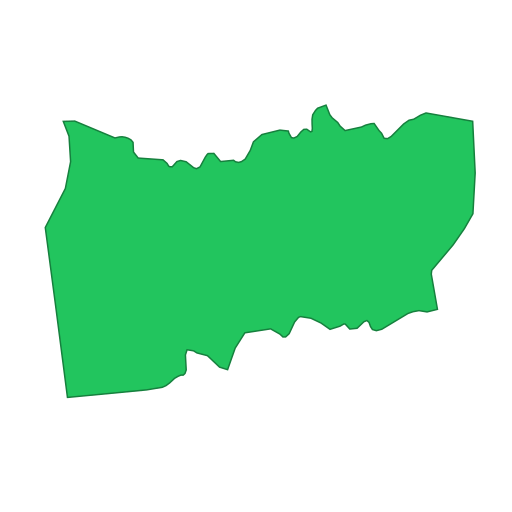 an SVG outline of Tartu, rotated 185°
{"feature_id": "EST-1659", "entity_name": "Tartu", "entity_type": "County", "adm_level": 1, "iso_a3": "EST", "parent_name": "Estonia", "parent_adm1": "", "projection": "orthographic", "projection_center": [26.767, 58.415], "detail": "fine", "context": "isolated", "style": "filled", "palette": "green", "viewbox_px": 512, "rotation_deg": 185, "n_neighbors": 0, "source": "natural_earth", "source_scale": "10m", "svg_char_len": 1787}
<svg xmlns="http://www.w3.org/2000/svg" viewBox="0 0 512 512"><g transform="rotate(185 256 256)"><path d="M431.5,98.7L437.4,125.7L451.9,191.8L468.4,266.0L451.8,306.6L448.9,333.8L452.7,359.0L459.7,373.3L448.3,374.6L406.8,361.3L402.4,362.7L399.8,363.1L396.8,362.9L393.8,362.2L390.7,360.8L388.4,358.5L387.1,348.9L381.9,343.3L357.0,343.7L352.7,340.5L350.7,337.8L349.5,337.4L347.2,337.6L343.0,343.2L339.5,344.6L333.8,343.8L325.8,338.5L322.9,337.8L319.5,339.9L315.1,350.1L313.5,352.9L312.6,353.9L306.9,354.5L299.5,347.0L286.7,349.4L284.7,348.1L281.5,347.7L278.6,348.8L275.2,351.6L270.9,360.7L268.5,369.5L260.7,377.5L243.2,383.5L234.7,383.3L233.9,381.2L231.0,377.0L228.6,376.8L225.4,378.6L222.1,383.5L219.4,386.3L216.5,386.7L212.4,384.4L211.1,385.1L211.0,388.0L211.6,392.2L212.1,397.1L211.8,401.6L209.4,406.2L207.5,408.6L199.4,412.4L194.8,403.2L192.2,400.3L186.2,396.1L183.6,392.8L178.2,388.7L162.1,393.7L158.3,395.9L153.0,397.8L149.9,398.3L144.4,391.7L141.6,389.2L138.6,384.4L135.1,384.4L131.7,386.9L120.4,400.4L115.4,404.6L110.8,406.0L104.4,410.6L99.1,413.3L51.9,409.1L44.9,357.8L43.6,317.0L50.8,301.4L60.6,284.3L79.7,257.1L79.8,253.2L70.6,218.7L80.7,215.2L88.9,215.8L94.7,214.2L99.6,212.0L124.3,194.0L129.6,192.1L133.6,192.9L135.8,195.7L137.6,199.7L139.9,201.4L142.8,199.9L149.0,192.8L156.2,191.4L161.1,195.9L162.5,196.0L166.2,193.4L175.9,189.4L185.4,194.9L195.9,198.8L206.2,199.5L207.5,199.1L208.5,198.3L211.8,193.6L216.2,181.5L219.4,178.0L222.1,177.7L225.4,180.3L235.1,184.7L260.4,178.5L268.7,162.5L274.4,140.3L282.6,142.1L295.7,152.5L306.4,154.3L309.9,156.1L316.5,156.6L317.7,151.3L315.6,136.4L316.5,132.8L318.1,131.0L320.4,130.8L323.1,129.4L326.5,127.0L331.0,122.0L334.4,119.0L337.8,117.1L353.3,113.1L431.4,98.7L431.5,98.7Z" fill="#22c55e" stroke="#15803d" stroke-width="1.5"/></g></svg>